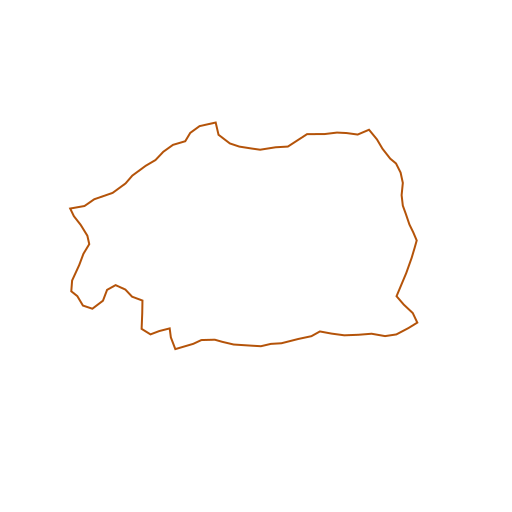 Balbinos, São Paulo, Brazil, rotated 52°
{"feature_id": "56859067B19788452853762", "entity_name": "Balbinos", "entity_type": "district", "adm_level": 2, "iso_a3": "BRA", "parent_name": "Brazil", "parent_adm1": "São Paulo", "projection": "robinson", "projection_center": [-49.333, -21.895], "detail": "fine", "context": "isolated", "style": "outline", "palette": "amber", "viewbox_px": 512, "rotation_deg": 52, "n_neighbors": 0, "source": "geoboundaries", "source_scale": "gbopen_adm2", "svg_char_len": 1238}
<svg xmlns="http://www.w3.org/2000/svg" viewBox="0 0 512 512"><g transform="rotate(52 256 256)"><path d="M362.0,148.2L353.3,134.5L347.4,126.2L342.7,119.8L334.1,117.5L325.6,115.7L315.0,112.0L306.7,109.3L297.7,103.8L288.8,95.3L279.3,90.7L269.3,88.7L261.9,90.3L249.3,90.3L238.6,88.9L226.1,89.2L222.9,101.1L214.9,108.9L208.6,116.2L202.0,127.1L191.4,140.7L189.4,163.5L182.4,173.6L174.8,187.3L168.8,193.1L159.5,201.8L151.2,207.3L137.4,210.9L126.0,205.6L118.9,220.5L118.5,232.0L122.0,241.1L117.3,253.0L116.8,264.9L118.5,276.1L117.0,287.4L116.5,304.0L118.5,314.1L118.0,330.1L111.7,348.5L111.0,360.4L104.2,373.2L112.5,375.0L123.6,375.0L136.2,376.4L144.0,380.1L148.0,390.6L154.3,400.9L162.1,416.0L170.1,423.3L177.6,421.5L188.5,422.9L196.8,417.4L197.0,404.1L191.0,394.2L192.5,384.6L202.0,379.6L211.8,378.7L221.2,372.9L231.2,381.0L243.0,391.0L252.8,387.4L255.6,378.4L259.9,368.6L267.7,373.2L279.7,376.9L286.6,359.5L288.6,350.8L296.6,340.0L302.9,335.4L312.0,328.1L324.2,314.4L330.1,307.7L334.4,298.4L340.4,289.7L347.4,273.8L353.3,261.7L354.8,252.1L363.6,244.3L372.9,235.2L381.2,223.7L388.4,212.8L398.6,203.6L404.2,193.7L406.6,180.5L407.8,169.9L397.5,167.6L385.2,169.5L374.2,170.0L362.0,148.2Z" fill="none" stroke="#b45309" stroke-width="2"/></g></svg>